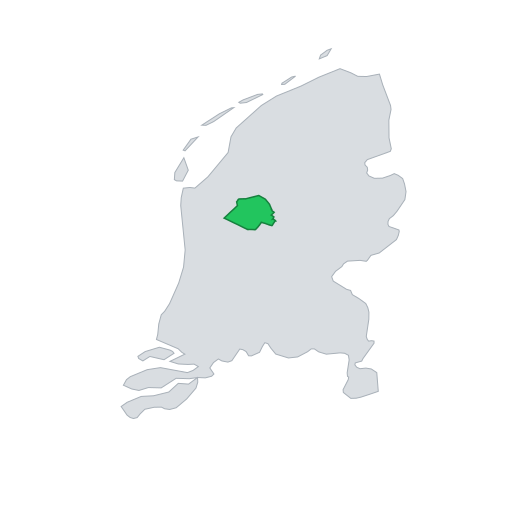 location of Lelystad, Flevoland, Netherlands, rotated 340°
{"feature_id": "6326949B53575024953728", "entity_name": "Lelystad", "entity_type": "district", "adm_level": 2, "iso_a3": "NLD", "parent_name": "Netherlands", "parent_adm1": "Flevoland", "projection": "robinson", "projection_center": [5.465, 52.539], "detail": "fine", "context": "in_parent", "style": "filled", "palette": "green", "viewbox_px": 512, "rotation_deg": 340, "n_neighbors": 0, "source": "geoboundaries", "source_scale": "gbopen_adm2", "svg_char_len": 5611}
<svg xmlns="http://www.w3.org/2000/svg" viewBox="0 0 512 512"><g transform="rotate(340 256 256)"><path d="M324.6,425.0L315.1,424.8L306.2,424.5L301.5,423.9L296.4,422.2L294.1,418.5L291.4,414.1L292.1,411.4L300.4,403.7L301.7,401.5L300.8,400.4L301.7,397.0L308.0,385.5L308.9,380.9L306.0,377.7L301.9,375.8L288.5,372.3L282.1,367.5L279.1,363.3L276.1,362.2L271.7,363.6L260.6,365.1L251.6,362.9L241.0,354.9L238.5,347.8L237.2,342.4L234.6,340.5L231.0,343.3L226.4,347.7L217.5,348.3L214.9,347.2L214.5,344.8L214.0,342.4L211.6,339.5L208.9,337.9L197.5,346.1L193.3,346.1L188.0,342.9L185.4,339.9L179.6,341.6L174.3,345.4L176.1,352.5L173.2,353.8L166.8,353.2L159.5,350.2L151.4,348.5L139.1,343.6L121.8,347.5L109.9,342.8L100.0,342.3L93.8,338.5L87.2,332.1L92.0,327.9L96.6,326.4L114.8,325.6L128.0,328.2L151.6,342.1L157.7,342.0L164.0,340.2L160.8,336.4L154.9,334.6L146.1,330.9L139.1,325.6L155.6,323.9L153.4,321.2L151.2,316.6L133.9,300.4L136.9,296.0L141.4,286.6L146.9,278.8L151.3,276.7L158.5,271.2L174.1,255.0L184.1,241.7L191.5,226.1L202.5,182.9L205.7,175.6L210.9,167.4L217.3,169.0L221.8,171.3L237.8,165.2L265.2,149.2L273.3,135.4L281.2,128.9L312.5,116.4L329.9,112.7L356.6,111.7L375.9,109.5L399.0,108.7L407.9,116.4L413.1,122.0L421.4,125.2L434.2,127.3L433.6,138.5L433.9,160.6L433.0,164.5L427.3,173.8L421.4,190.5L419.8,201.5L418.0,203.6L393.6,203.5L390.1,205.5L389.6,207.8L390.9,210.7L390.3,213.5L388.4,215.8L389.5,219.4L393.8,223.5L401.5,226.1L409.8,226.3L414.1,225.9L417.2,228.8L420.3,233.4L420.2,239.1L419.0,246.8L415.2,253.9L403.9,262.1L398.9,265.0L394.1,266.5L391.9,268.7L390.8,271.4L391.1,273.8L399.2,280.4L399.0,281.9L396.7,285.4L393.6,288.6L372.8,295.3L364.2,294.7L359.3,298.1L357.8,298.7L352.3,295.7L340.2,292.1L335.6,293.3L333.1,295.3L325.5,297.6L320.0,301.3L320.0,306.0L329.7,318.3L333.1,320.7L333.3,325.3L338.0,331.0L342.9,338.2L343.4,342.8L342.9,347.4L340.4,354.0L332.1,369.3L332.0,372.3L332.7,374.5L335.6,375.1L337.8,376.3L337.1,378.3L321.4,389.0L319.4,390.9L312.7,390.4L311.7,392.1L312.6,395.0L315.2,397.5L320.9,398.9L325.7,401.6L329.6,406.9L324.6,425.0ZM159.5,350.2L158.1,354.7L154.4,359.6L142.0,366.6L129.1,371.3L122.4,370.7L117.9,368.3L115.5,365.7L108.6,363.3L99.1,362.0L93.2,364.7L89.0,367.2L85.3,366.8L82.5,364.7L80.4,361.4L77.8,351.3L84.9,349.4L100.1,348.7L111.9,352.3L127.5,354.0L139.4,349.1L148.8,353.3L159.5,350.2ZM134.0,308.7L143.1,315.1L145.0,317.2L145.7,319.4L134.1,322.0L121.9,314.1L113.8,315.9L110.7,312.2L110.7,309.9L119.2,307.9L134.0,308.7ZM221.7,152.2L212.6,160.5L207.0,158.2L205.4,156.3L208.3,149.8L221.8,139.0L221.7,152.2ZM262.2,115.2L253.7,116.1L249.8,114.5L270.4,109.8L283.5,108.4L285.8,109.0L262.2,115.2ZM317.6,106.6L299.5,108.5L293.4,107.0L292.4,105.7L297.3,104.9L312.8,104.7L317.5,105.9L317.6,106.6ZM242.3,124.3L225.3,132.9L223.8,131.6L234.8,124.0L242.3,124.3ZM391.4,92.0L382.9,92.4L385.4,89.3L393.2,87.0L397.5,87.0L391.4,92.0ZM354.7,100.5L341.8,104.5L338.7,103.6L339.5,102.5L350.8,100.0L354.7,100.5Z" fill="#d9dde1" stroke="#a8b0b8" stroke-width="1"/><path d="M264.5,231.0L264.7,230.9L264.8,230.9L265.1,230.7L265.3,230.6L265.5,230.5L265.7,230.4L265.8,230.4L266.0,230.2L266.3,230.1L266.6,230.0L266.7,229.9L266.8,229.8L267.1,229.7L267.3,229.6L267.5,229.5L267.6,229.4L267.8,229.3L267.9,229.2L268.1,229.2L268.3,229.0L268.5,228.9L268.8,228.7L269.0,228.6L269.2,228.4L269.4,228.4L269.5,228.3L269.7,228.1L269.9,228.1L270.0,227.9L270.3,227.7L270.5,227.6L271.0,227.3L271.2,227.2L271.5,227.0L271.5,226.9L271.8,226.7L272.2,226.4L272.3,226.3L272.4,226.2L272.5,226.1L272.9,226.3L273.2,226.6L273.3,226.7L273.3,226.8L273.5,226.9L273.7,227.0L274.1,227.4L274.6,227.7L275.2,228.1L275.7,228.5L275.9,228.6L276.1,228.8L276.4,229.1L276.7,229.3L277.0,229.6L277.3,229.9L277.5,230.0L277.8,230.2L278.1,230.5L278.4,230.8L278.9,231.2L279.0,231.2L279.0,231.3L279.4,231.6L279.5,231.6L279.7,231.8L280.2,232.1L280.6,232.4L281.3,232.9L281.5,232.9L281.8,232.7L282.4,232.3L282.5,232.2L283.2,231.6L283.3,231.5L283.4,231.4L283.6,231.3L283.9,231.1L284.2,230.8L284.3,230.8L284.5,230.6L284.8,230.4L285.0,230.3L285.1,230.2L285.3,230.0L285.4,229.9L285.5,229.9L285.8,229.8L285.9,229.7L286.0,229.7L286.3,229.7L286.5,229.8L286.5,229.7L286.4,229.4L286.3,229.2L285.6,228.3L285.1,227.7L284.9,227.5L284.9,227.4L284.5,226.9L284.4,226.9L284.7,226.7L284.8,226.7L285.0,226.6L285.2,226.4L285.3,226.4L285.5,226.0L285.7,225.9L285.8,225.8L285.8,225.7L286.0,225.6L286.2,225.4L286.0,225.1L285.9,225.0L285.8,224.8L285.7,224.6L285.5,224.4L285.2,224.0L285.0,223.7L284.8,223.4L284.7,223.3L284.5,223.1L284.3,222.8L284.6,222.7L285.0,222.5L285.3,222.3L285.7,222.2L286.4,221.9L286.8,221.7L287.1,221.6L287.5,221.4L287.8,221.2L288.0,221.1L287.4,220.2L286.7,219.3L286.4,217.7L286.7,217.7L286.6,216.6L286.5,215.5L286.5,214.5L286.4,213.6L286.4,212.0L286.3,211.9L286.2,211.5L285.9,210.6L285.5,209.5L285.4,209.2L285.3,208.8L285.1,208.4L285.0,208.2L284.6,206.9L284.2,205.8L279.3,200.1L265.7,198.7L265.4,198.7L265.2,198.5L264.7,198.3L259.9,196.7L259.4,196.6L258.6,196.8L258.6,197.0L258.4,197.1L257.6,197.7L256.9,198.1L256.5,198.4L256.3,198.5L256.2,199.6L256.1,199.9L255.8,202.3L253.5,203.3L250.5,204.6L246.8,206.1L245.0,206.9L244.6,207.1L239.0,209.5L241.8,212.3L246.4,217.1L249.5,220.2L254.7,225.7L255.5,226.5L255.9,226.9L256.4,227.4L256.6,227.6L256.7,227.8L256.8,227.8L256.9,228.0L257.0,228.0L257.3,228.2L257.4,228.3L257.5,228.3L257.8,228.4L257.8,228.5L258.0,228.5L259.7,229.1L260.4,229.4L260.7,229.5L261.0,229.6L261.3,229.7L261.4,229.8L261.5,229.8L261.9,230.0L262.2,230.1L262.5,230.2L262.6,230.3L262.8,230.3L263.0,230.4L263.1,230.5L263.3,230.5L263.5,230.7L263.6,230.8L263.8,230.9L264.0,230.9L264.3,230.9L264.5,231.0Z" fill="#22c55e" stroke="#15803d" stroke-width="1.5"/></g></svg>